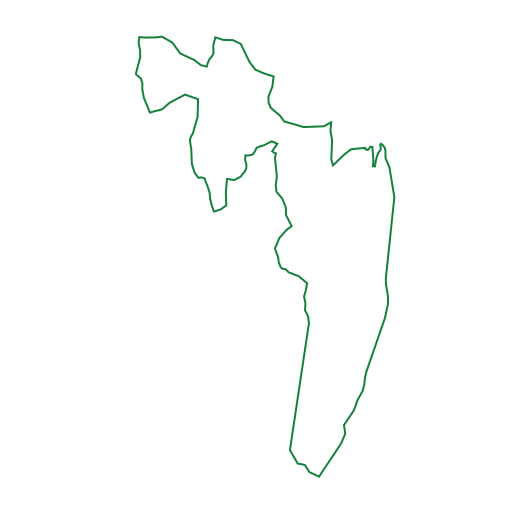 Ampāra, Natural Earth projection, rotated 5°
{"feature_id": "LKA-2451", "entity_name": "Ampāra", "entity_type": "District", "adm_level": 1, "iso_a3": "LKA", "parent_name": "Sri Lanka", "parent_adm1": "", "projection": "natural_earth1", "projection_center": [81.481, 7.125], "detail": "fine", "context": "isolated", "style": "outline", "palette": "green", "viewbox_px": 512, "rotation_deg": 5, "n_neighbors": 0, "source": "natural_earth", "source_scale": "10m", "svg_char_len": 2124}
<svg xmlns="http://www.w3.org/2000/svg" viewBox="0 0 512 512"><g transform="rotate(5 256 256)"><path d="M355.4,138.8L355.7,140.1L358.1,140.7L360.5,137.1L362.4,137.1L364.7,151.2L364.6,156.4L366.7,156.4L367.0,151.4L367.7,146.6L369.0,142.4L370.8,139.5L370.8,137.1L370.7,136.6L370.0,134.4L370.6,133.3L372.2,134.1L374.9,137.1L375.8,139.9L376.5,147.3L381.1,155.7L388.7,185.4L387.3,267.4L388.0,273.0L391.1,285.3L391.6,292.6L389.9,306.4L376.0,361.8L375.2,367.5L375.0,375.0L373.9,381.3L369.6,391.0L368.6,395.4L366.9,401.3L361.1,411.9L358.4,416.8L360.4,425.3L357.1,435.4L338.0,470.3L335.3,469.3L328.0,466.6L323.0,460.0L319.2,459.4L315.7,459.2L306.7,446.4L314.6,318.4L313.1,311.5L309.5,305.6L309.4,298.8L307.4,292.1L308.8,285.2L309.3,278.7L300.5,272.5L289.7,269.3L288.2,267.7L286.3,266.5L284.1,266.5L281.7,265.2L279.3,260.5L278.1,255.1L274.2,246.9L277.7,236.1L284.0,227.5L288.9,223.1L282.4,212.7L281.5,205.2L277.3,196.7L270.7,190.1L269.5,183.3L269.9,175.0L266.3,156.6L266.9,152.0L264.9,151.5L263.0,150.2L267.5,142.3L261.6,140.4L254.1,145.1L250.4,146.5L247.1,148.2L246.0,151.5L243.9,155.2L239.8,156.5L236.7,156.7L236.8,161.3L238.4,165.4L238.7,169.5L237.4,173.0L235.3,175.9L233.9,178.3L227.8,182.2L220.4,181.8L220.4,195.2L222.0,208.2L216.4,212.9L210.3,215.4L207.6,209.7L205.3,202.9L204.2,196.7L201.5,190.4L199.4,186.4L198.2,183.3L194.5,182.4L191.9,183.2L187.4,178.1L184.1,169.9L182.1,154.5L180.9,150.2L180.0,145.9L180.8,142.8L182.5,139.2L185.7,122.2L184.6,104.8L171.2,101.4L156.4,111.0L150.0,117.8L146.4,119.4L143.4,120.2L137.9,122.4L130.5,108.2L128.2,99.8L127.8,94.1L125.8,89.2L121.3,86.0L120.4,85.0L123.3,68.5L122.7,61.8L120.5,53.9L120.7,48.1L126.4,48.1L137.6,46.9L143.1,45.7L154.0,50.6L162.9,60.9L177.4,66.1L184.5,70.7L190.4,71.6L191.1,68.0L192.5,63.9L194.4,61.5L196.0,57.8L195.1,49.6L196.5,41.7L204.6,43.6L214.3,43.0L222.3,46.0L232.6,63.2L239.2,70.5L248.4,73.5L257.9,75.6L257.5,86.1L254.5,96.2L255.1,102.0L257.9,107.2L267.3,113.8L272.4,119.5L292.2,123.4L312.2,120.9L319.2,116.3L319.3,125.1L321.7,133.6L322.6,153.4L324.8,159.0L335.3,147.0L341.4,141.4L349.6,139.8L355.4,138.8Z" fill="none" stroke="#15803d" stroke-width="2"/></g></svg>